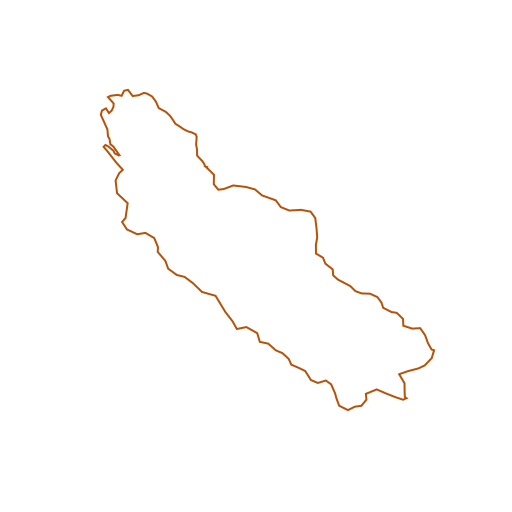 Agios Amvrosios Lemesou, Limassol, Cyprus (Natural Earth projection), rotated 116°
{"feature_id": "46923920B87326554948109", "entity_name": "Agios Amvrosios Lemesou", "entity_type": "district", "adm_level": 2, "iso_a3": "CYP", "parent_name": "Cyprus", "parent_adm1": "Limassol", "projection": "natural_earth1", "projection_center": [32.814, 34.754], "detail": "fine", "context": "isolated", "style": "outline", "palette": "amber", "viewbox_px": 512, "rotation_deg": 116, "n_neighbors": 0, "source": "geoboundaries", "source_scale": "gbopen_adm2", "svg_char_len": 1978}
<svg xmlns="http://www.w3.org/2000/svg" viewBox="0 0 512 512"><g transform="rotate(116 256 256)"><path d="M197.5,339.4L197.8,341.3L196.4,342.3L194.3,345.7L191.6,352.9L186.3,355.6L182.1,358.7L175.0,361.5L173.1,363.5L173.1,368.2L173.8,371.6L173.8,376.4L173.0,381.7L172.5,386.4L168.9,392.4L167.5,395.2L166.0,400.1L165.7,408.3L161.3,413.4L158.2,419.2L157.8,424.9L158.5,428.2L162.9,431.9L166.3,437.0L162.8,443.9L165.3,447.0L170.9,447.0L171.9,451.1L175.9,457.1L178.1,458.7L181.3,450.8L184.5,449.5L188.7,449.5L192.0,450.8L189.1,455.6L192.8,458.2L197.1,457.4L207.4,445.0L213.3,441.5L215.1,438.9L219.4,435.9L220.1,432.3L225.3,422.9L225.8,423.6L225.7,428.0L223.9,430.2L222.3,436.6L222.2,440.0L224.7,440.8L226.9,435.6L233.2,422.8L236.9,413.5L241.6,415.3L249.7,415.3L260.5,408.4L264.8,394.5L279.1,389.9L284.1,391.3L288.7,383.7L288.5,372.3L283.7,365.5L284.5,355.3L291.0,348.0L295.4,346.1L300.2,335.2L305.9,329.4L307.8,318.9L306.1,311.0L308.0,301.0L312.0,288.8L309.5,274.9L319.7,259.1L325.0,248.4L330.0,241.2L324.1,233.5L324.8,221.1L331.5,214.9L329.4,206.6L332.1,196.7L331.7,189.7L334.2,181.4L338.2,176.7L337.8,168.1L337.8,161.3L343.4,152.3L343.0,144.8L337.3,138.6L338.4,132.2L344.7,124.8L348.9,121.1L354.1,115.6L354.2,105.8L348.2,101.2L344.4,95.6L336.7,93.8L331.7,96.8L323.0,89.0L322.6,79.6L321.8,69.2L320.7,60.8L317.8,58.4L317.5,60.4L312.1,63.3L305.3,66.7L299.5,75.5L293.1,69.2L285.7,60.6L280.4,56.4L270.7,53.3L262.7,54.6L263.1,57.2L258.9,63.3L253.0,69.4L248.9,76.8L252.8,83.8L254.1,93.0L248.1,96.3L245.4,104.6L247.0,109.8L246.8,119.0L242.8,122.9L239.7,128.9L239.9,137.0L243.3,144.6L244.0,151.2L241.7,158.1L241.5,164.8L241.3,171.8L239.6,178.1L234.4,181.2L232.5,190.2L228.2,195.0L227.5,203.2L219.6,207.1L212.5,209.1L204.5,213.8L195.9,219.4L192.2,226.4L194.8,235.8L200.5,245.9L201.2,255.1L197.3,262.6L198.9,277.1L196.6,286.1L198.2,294.6L198.9,296.9L202.6,307.4L210.0,314.4L212.9,318.9L210.0,325.4L201.4,329.4L198.0,339.6L197.5,339.4Z" fill="none" stroke="#b45309" stroke-width="2"/></g></svg>